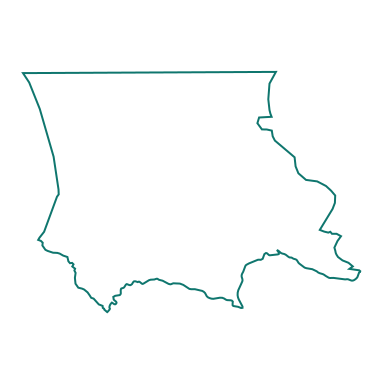 SVG path tracing the border of Zhambyl
{"feature_id": "KAZ-3252", "entity_name": "Zhambyl", "entity_type": "Region", "adm_level": 1, "iso_a3": "KAZ", "parent_name": "Kazakhstan", "parent_adm1": "", "projection": "equal_earth", "projection_center": [72.801, 44.147], "detail": "fine", "context": "isolated", "style": "outline", "palette": "teal", "viewbox_px": 384, "rotation_deg": 0, "n_neighbors": 0, "source": "natural_earth", "source_scale": "10m", "svg_char_len": 3048}
<svg xmlns="http://www.w3.org/2000/svg" viewBox="0 0 384 384"><path d="M330.0,278.0L328.7,277.7L325.5,275.8L324.3,274.9L322.8,274.1L319.7,273.2L318.2,272.5L316.7,271.3L312.3,269.2L306.4,268.2L304.6,267.6L299.3,263.6L298.5,262.8L297.2,260.7L296.5,259.8L295.5,259.3L293.4,258.7L291.6,257.6L289.4,257.4L288.4,256.8L285.7,254.7L284.2,254.0L282.5,253.6L281.1,253.1L278.4,250.8L276.9,250.0L278.3,251.8L278.9,253.0L278.8,254.0L277.9,254.4L269.8,255.3L268.9,255.0L267.0,253.3L266.0,253.0L264.4,254.1L262.7,258.8L260.8,259.8L258.7,259.7L257.8,259.8L249.0,263.4L246.6,264.7L245.7,265.4L245.2,266.4L243.2,271.8L242.2,273.6L241.8,274.6L241.6,275.8L241.7,276.9L242.4,279.1L242.5,280.4L242.3,281.4L241.0,284.3L238.3,290.2L237.7,292.6L237.6,295.2L238.0,297.4L238.8,299.5L242.5,306.5L242.5,307.8L241.1,308.0L238.0,306.8L233.3,306.0L232.6,305.2L232.6,303.7L232.8,301.6L232.0,300.7L230.8,300.3L227.1,300.1L226.2,299.8L225.3,299.3L224.3,298.6L222.3,297.8L220.0,297.7L213.4,298.8L211.7,298.7L209.9,298.2L208.2,297.5L206.8,296.3L205.1,293.1L203.8,291.8L202.2,290.9L194.9,289.2L191.2,289.2L189.4,288.9L183.3,284.9L179.9,283.6L173.3,283.3L172.5,283.6L171.0,284.2L170.2,284.3L168.6,283.9L162.6,280.7L159.4,279.9L158.6,279.6L157.8,279.0L157.0,278.7L156.1,278.9L154.3,279.5L150.7,279.7L149.0,280.2L143.3,283.7L142.4,283.9L141.8,283.6L139.8,282.0L139.2,281.7L138.7,281.7L137.8,282.1L135.4,281.3L134.1,281.3L133.2,282.1L132.6,283.1L132.0,284.1L131.1,284.8L130.2,285.2L129.1,285.0L127.9,284.5L126.8,284.1L125.9,284.6L124.7,286.5L124.1,287.4L123.3,287.9L121.3,288.5L120.9,289.2L120.7,290.6L120.8,293.3L120.5,294.3L119.7,295.1L115.2,295.8L113.3,296.9L113.7,299.5L114.2,300.1L116.0,301.6L116.5,302.4L116.4,303.2L115.9,303.9L115.2,304.3L114.3,304.2L111.9,302.6L111.1,303.4L110.3,304.5L109.7,305.8L109.4,307.1L109.5,307.9L109.8,308.3L109.9,308.8L109.5,309.6L107.8,311.6L107.2,312.1L104.3,309.6L104.1,308.7L102.8,307.9L102.6,305.9L98.8,304.4L93.6,298.6L91.2,297.8L89.7,295.4L87.6,292.4L84.1,289.5L82.0,288.6L78.3,287.7L75.5,283.7L74.9,277.8L75.6,272.9L74.4,270.5L75.1,268.7L72.3,266.5L73.5,264.3L72.1,262.9L70.0,263.2L68.4,261.3L67.4,257.0L63.2,255.6L59.7,253.6L57.3,252.9L53.0,252.7L47.6,250.9L45.4,249.8L42.4,245.5L42.7,242.7L40.9,240.9L38.2,239.9L39.4,237.8L44.1,231.8L57.0,196.7L58.7,194.4L58.5,189.4L53.6,156.7L39.8,109.0L29.2,82.5L23.0,73.1L275.9,71.9L269.5,83.6L268.3,99.3L269.5,110.1L270.4,113.7L271.6,116.8L259.1,117.5L257.4,123.2L261.9,129.4L266.8,129.5L271.8,130.6L272.7,136.3L274.9,140.6L294.6,157.3L295.6,166.4L298.4,173.3L306.0,179.9L317.2,181.4L326.0,186.0L331.1,190.7L335.2,195.5L334.9,202.9L332.6,208.9L319.8,229.9L324.2,231.6L328.3,232.6L330.3,231.8L332.0,233.8L336.6,233.8L341.0,236.2L337.5,241.0L334.4,247.6L335.3,250.7L335.7,252.8L336.4,254.5L338.0,257.0L342.5,260.4L348.5,262.8L352.8,266.4L349.4,268.9L359.2,270.3L360.9,271.8L361.0,271.8L360.5,271.8L359.7,272.0L359.1,272.5L357.5,276.9L357.0,277.7L355.8,278.9L354.3,280.0L352.8,280.6L351.5,280.6L348.1,279.3L347.1,279.2L345.1,279.4L333.4,277.9L330.0,278.0Z" fill="none" stroke="#0f766e" stroke-width="2"/></svg>